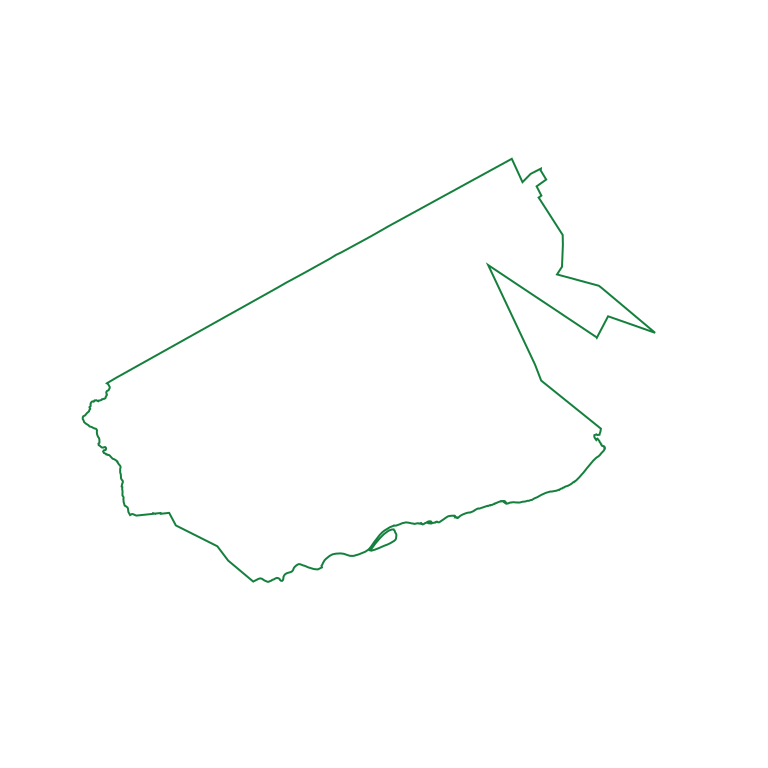 outline of San Luis Río Colorado, Sonora, Mexico, rotated 311°
{"feature_id": "50627088B17136177006846", "entity_name": "San Luis Río Colorado", "entity_type": "district", "adm_level": 2, "iso_a3": "MEX", "parent_name": "Mexico", "parent_adm1": "Sonora", "projection": "robinson", "projection_center": [-114.67, 31.992], "detail": "fine", "context": "isolated", "style": "outline", "palette": "green", "viewbox_px": 768, "rotation_deg": 311, "n_neighbors": 0, "source": "geoboundaries", "source_scale": "gbopen_adm2", "svg_char_len": 6119}
<svg xmlns="http://www.w3.org/2000/svg" viewBox="0 0 768 768"><g transform="rotate(311 384 384)"><path d="M204.9,457.5L205.8,456.1L207.3,455.9L208.8,455.4L211.9,454.8L213.9,454.9L218.5,455.7L221.4,456.8L222.6,457.6L224.5,459.1L227.6,462.3L229.5,465.1L231.1,469.1L232.1,471.2L233.4,472.8L234.6,474.0L238.8,476.7L245.1,479.9L248.8,480.9L250.3,481.0L253.1,480.9L258.3,480.3L267.2,479.8L271.0,480.0L273.7,480.5L280.0,482.5L283.0,484.1L283.9,484.4L284.2,485.2L285.5,486.3L289.2,488.3L290.8,489.0L294.0,491.4L295.5,493.6L297.0,496.4L298.1,498.0L298.1,498.3L298.3,498.7L301.3,501.0L301.4,501.6L301.8,502.3L302.7,502.7L303.3,503.1L303.5,503.4L303.4,503.7L302.9,504.1L303.5,504.8L303.5,505.4L304.5,505.9L306.1,506.3L306.3,506.6L308.8,507.4L309.8,508.0L310.6,508.8L311.0,509.5L311.1,510.0L310.8,510.4L310.6,510.1L309.8,509.8L308.6,508.5L308.0,508.6L308.1,508.9L308.9,510.1L309.3,510.4L309.4,510.8L310.0,511.1L310.0,511.4L310.9,511.8L312.7,513.2L312.9,513.5L314.0,513.9L313.8,513.6L314.1,513.7L314.6,514.0L315.0,514.6L314.9,514.9L315.1,515.6L315.6,516.2L315.9,516.4L321.1,517.8L324.5,518.6L326.4,519.3L328.7,521.2L330.0,522.7L330.7,523.3L331.0,524.0L330.8,524.4L330.5,524.4L330.3,524.1L330.3,524.9L331.1,526.3L330.7,526.2L331.0,526.6L330.8,526.9L330.8,527.1L331.3,527.6L334.6,528.1L336.9,528.9L338.9,529.9L341.5,531.4L343.7,533.3L342.9,533.0L346.4,534.8L348.0,535.2L348.0,535.3L348.6,535.4L350.9,536.2L351.8,536.7L351.8,536.9L352.2,537.2L352.5,537.7L359.9,542.0L360.0,542.5L362.0,543.4L363.0,544.2L362.5,543.9L362.2,543.9L362.3,544.1L363.0,544.3L363.9,545.0L366.5,546.0L366.4,546.2L370.2,547.9L371.5,548.7L372.0,549.3L373.7,550.5L374.7,551.7L374.8,552.6L374.5,553.9L374.3,553.4L374.2,552.4L374.3,552.1L374.0,551.8L373.9,551.0L373.6,550.6L373.6,551.3L374.0,552.2L373.9,552.3L373.9,553.2L374.4,554.4L374.9,555.0L373.7,553.7L373.8,554.6L374.1,555.1L375.3,555.9L377.3,557.0L377.8,557.6L378.6,558.2L380.0,559.6L381.3,561.5L382.2,562.4L382.3,562.8L383.6,564.2L386.0,565.8L388.0,567.7L390.1,569.0L390.9,570.0L391.4,570.2L392.7,570.9L393.2,571.3L393.6,571.7L396.5,572.6L399.0,573.9L403.6,575.5L408.1,577.6L412.0,580.1L412.8,581.1L415.7,583.4L416.4,583.9L416.5,584.1L419.0,585.4L419.1,585.8L420.5,586.0L421.2,586.3L422.1,587.0L422.9,587.0L423.8,587.7L424.3,587.7L425.8,588.3L427.9,589.6L429.7,590.3L431.9,591.0L434.0,591.3L435.3,591.7L435.2,591.9L437.3,592.3L441.6,592.6L446.5,592.6L447.4,592.7L453.4,592.4L463.5,592.2L467.8,592.6L470.1,593.3L471.7,593.5L474.6,593.4L477.8,593.6L479.7,593.1L480.0,593.2L480.4,592.9L480.4,592.3L480.9,592.3L481.1,592.1L481.0,591.8L481.0,591.3L481.3,590.8L480.4,589.1L480.7,588.0L481.0,587.7L480.9,587.4L481.1,587.0L481.4,586.5L481.6,585.0L482.2,584.1L482.4,583.3L482.5,582.3L482.8,581.2L482.8,580.9L482.3,580.7L481.0,580.9L481.6,578.4L482.2,577.3L483.4,576.3L485.4,577.4L485.4,578.3L486.6,579.6L487.1,579.9L487.3,579.7L490.0,578.6L492.6,577.0L489.7,500.4L497.7,485.3L542.1,384.6L558.7,513.7L558.5,514.3L582.1,508.7L600.5,555.0L599.3,485.3L599.1,481.7L580.2,442.7L589.3,441.4L606.4,427.7L613.7,421.1L625.5,380.8L626.1,378.4L629.4,379.2L633.3,369.5L644.7,372.3L648.0,362.1L649.5,361.1L638.8,356.8L627.2,356.1L637.8,332.7L506.3,284.0L487.4,277.4L454.7,265.2L450.0,263.1L443.2,261.0L413.8,250.3L396.0,243.6L387.3,240.6L213.3,177.9L203.1,174.5L202.7,174.4L202.9,175.6L202.8,176.1L201.9,178.8L201.1,179.6L198.6,180.2L196.8,179.5L196.1,179.6L195.2,180.1L194.8,180.9L194.0,181.6L194.0,182.0L193.7,182.1L191.8,182.4L191.2,182.8L190.9,182.8L190.5,183.0L189.4,182.7L188.6,181.9L187.7,181.6L187.5,181.2L186.3,181.1L184.4,179.8L183.7,179.7L183.8,179.2L183.3,179.0L183.0,177.5L182.2,176.9L181.7,176.3L181.2,176.3L181.0,176.6L180.2,176.5L179.7,175.5L179.0,175.1L178.0,175.1L176.9,175.3L176.5,175.7L175.8,176.1L175.1,176.9L174.7,177.1L173.3,176.9L172.9,177.4L172.7,178.3L172.3,178.7L171.0,178.7L169.9,179.3L167.0,178.9L164.3,179.0L162.2,178.2L161.3,178.5L160.0,179.5L159.4,181.2L158.5,182.7L158.5,185.0L159.0,188.0L158.8,189.6L159.7,191.4L160.2,193.7L160.7,195.1L161.2,195.8L161.2,196.5L160.9,197.6L159.2,198.9L157.7,200.6L156.6,202.7L156.2,204.4L155.4,205.6L153.2,207.6L152.9,207.8L151.7,207.6L150.7,208.8L150.9,209.2L150.9,211.8L151.0,212.5L151.1,213.0L151.8,213.7L152.3,214.2L152.8,214.3L153.5,215.1L153.4,215.9L153.2,216.4L152.2,217.0L151.4,217.1L150.2,216.1L149.8,216.1L148.7,216.4L148.6,217.0L148.3,217.5L148.3,217.8L148.2,218.0L148.5,218.4L148.5,219.0L148.9,220.1L148.6,220.6L148.8,221.0L149.4,221.6L149.3,222.3L149.8,222.8L150.1,223.4L149.6,227.8L149.7,228.6L150.1,229.4L150.4,230.7L150.6,232.6L150.2,233.4L150.3,233.7L150.5,233.8L149.7,235.4L149.4,237.0L149.2,238.3L148.9,239.2L148.2,239.9L146.8,240.6L144.1,243.0L143.1,244.7L142.5,245.2L141.5,246.3L140.6,247.0L140.0,248.0L139.5,249.7L139.6,250.0L139.4,250.5L138.7,251.2L137.8,251.7L137.3,251.7L134.5,253.2L134.4,253.4L134.6,254.0L134.4,254.3L132.9,255.3L132.4,256.1L131.0,257.5L128.3,259.7L127.9,261.2L127.7,261.6L127.1,262.3L126.1,262.8L125.5,263.6L124.3,264.7L122.1,268.0L122.1,268.4L122.4,269.1L122.5,271.6L121.8,272.7L119.7,275.1L118.5,278.4L119.8,278.8L120.6,279.2L121.1,280.0L121.9,282.6L122.3,283.5L134.6,295.0L135.1,294.6L136.1,296.8L136.3,296.8L136.1,296.3L139.9,299.9L139.8,300.1L140.0,300.3L139.6,300.7L145.8,306.4L140.7,319.7L152.2,364.7L148.5,382.2L149.1,414.9L154.3,417.0L155.6,417.7L156.3,418.4L157.0,419.9L157.2,422.2L158.1,425.3L158.4,425.9L158.8,426.5L161.8,428.0L162.8,428.1L164.1,429.0L166.0,429.6L167.4,430.4L168.0,431.4L168.3,432.4L168.3,433.3L167.9,434.2L167.9,435.2L168.4,436.1L168.7,436.3L169.8,436.3L170.6,436.0L172.5,434.7L173.0,434.5L174.5,434.2L175.4,434.2L176.7,434.5L178.0,435.1L180.9,437.0L182.2,437.5L183.6,437.5L186.0,436.7L187.3,436.6L189.2,436.8L190.8,437.2L192.2,437.9L192.7,438.6L193.1,439.3L193.9,441.7L194.8,443.5L195.9,447.1L198.3,452.4L199.8,454.6L200.7,455.7L204.9,457.5ZM258.2,482.1L249.4,482.8L249.9,483.8L253.0,485.8L256.8,487.8L262.1,490.3L264.8,491.8L268.0,493.2L272.3,494.6L274.0,494.8L274.8,494.6L275.8,494.1L277.7,492.8L278.7,491.8L279.3,490.0L280.4,488.0L280.3,487.3L280.6,486.7L279.4,485.4L276.9,484.0L274.7,483.3L270.4,482.4L265.6,482.1L258.2,482.1Z" fill="none" stroke="#15803d" stroke-width="2"/></g></svg>